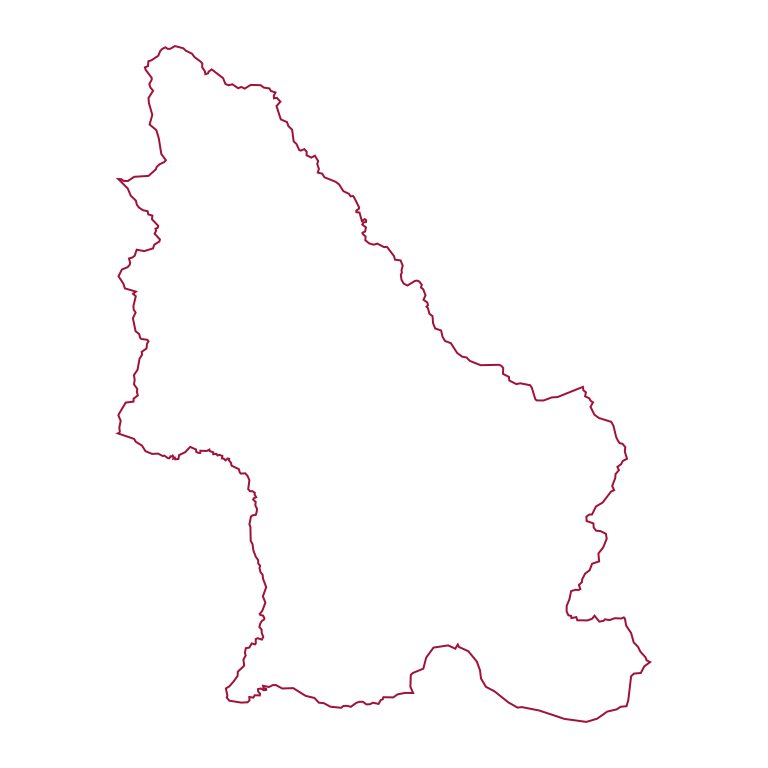 Kon Plong, Kon Tum, Vietnam
{"feature_id": "81297802B37970290892439", "entity_name": "Kon Plong", "entity_type": "district", "adm_level": 2, "iso_a3": "VNM", "parent_name": "Vietnam", "parent_adm1": "Kon Tum", "projection": "orthographic", "projection_center": [108.295, 14.803], "detail": "fine", "context": "isolated", "style": "outline", "palette": "rose", "viewbox_px": 768, "rotation_deg": 0, "n_neighbors": 0, "source": "geoboundaries", "source_scale": "gbopen_adm2", "svg_char_len": 6068}
<svg xmlns="http://www.w3.org/2000/svg" viewBox="0 0 768 768"><path d="M582.9,386.9L557.4,397.1L551.8,397.4L543.6,400.5L536.7,400.4L535.3,399.2L531.9,387.9L530.1,385.2L520.3,383.3L516.3,384.1L509.3,380.5L508.9,376.9L503.0,373.9L503.2,368.0L501.4,365.8L498.8,364.8L480.6,365.2L469.8,360.9L466.6,357.5L462.2,356.7L457.1,352.9L450.9,343.2L445.1,341.0L442.6,337.0L441.1,330.5L435.2,328.5L433.1,323.4L432.5,316.1L429.4,313.7L427.9,308.0L426.5,306.7L428.0,305.2L427.3,302.5L423.5,299.8L425.5,295.3L423.3,289.4L421.0,287.5L421.8,284.8L419.3,281.5L417.0,280.6L415.0,280.9L407.5,285.5L403.7,283.6L401.5,279.8L400.8,274.6L401.9,272.6L401.5,270.2L402.7,265.7L400.6,260.4L395.0,259.7L394.0,256.1L387.0,246.9L384.0,247.1L377.3,243.6L373.9,244.7L369.3,243.5L365.3,240.2L365.6,236.4L362.8,234.1L362.5,232.7L365.1,231.5L366.0,227.4L362.3,224.6L363.4,222.5L366.0,222.0L366.2,220.2L364.7,219.1L361.9,221.1L359.5,212.5L356.4,212.2L356.3,210.6L358.9,208.8L359.1,207.4L354.0,197.2L353.0,196.0L350.6,196.3L349.0,193.9L343.3,191.1L339.2,184.5L335.5,181.7L324.4,177.3L322.3,173.7L317.8,172.6L318.9,168.8L317.2,164.0L318.2,161.2L314.9,155.7L311.4,157.6L306.6,155.3L306.7,151.8L304.3,149.1L300.7,150.6L299.2,150.0L296.5,144.0L293.7,141.4L292.1,129.7L288.4,126.1L287.0,122.1L280.8,119.4L276.5,106.1L280.4,101.7L276.9,97.9L274.0,98.3L273.8,95.8L275.5,92.5L270.9,91.0L269.4,88.4L263.8,87.6L260.6,85.2L250.7,84.9L244.7,88.6L241.3,87.0L238.1,88.2L232.4,84.3L228.5,85.3L225.4,83.9L223.1,78.2L211.7,69.4L208.6,71.7L208.1,73.3L205.4,74.2L204.9,71.4L202.2,67.2L202.3,63.4L200.6,61.6L194.5,57.1L192.0,53.7L185.8,50.7L183.4,48.3L175.9,46.3L174.9,46.1L170.3,48.8L167.7,48.9L165.4,47.3L162.1,49.0L160.1,51.2L158.3,55.7L151.6,60.2L148.4,61.3L148.0,66.1L144.9,67.4L145.7,69.9L151.7,77.8L151.7,79.7L149.3,84.1L150.5,87.7L153.1,90.7L148.5,98.0L148.9,103.0L152.3,114.8L149.6,124.5L156.4,130.2L158.8,138.4L161.3,154.0L165.9,160.2L164.2,162.1L159.5,164.3L156.6,167.0L155.9,169.3L148.5,175.9L134.2,176.8L127.9,181.0L123.5,180.9L121.3,179.2L118.3,179.0L127.7,188.4L130.8,195.8L135.9,200.6L136.8,204.6L138.9,207.5L142.9,210.2L147.6,211.2L148.3,214.4L152.4,215.6L152.0,219.3L158.2,225.8L157.8,227.8L155.5,228.7L156.1,230.8L154.6,233.7L159.9,239.4L159.4,241.5L154.3,244.7L153.0,248.4L144.2,251.1L136.7,249.7L134.7,255.7L132.6,257.4L129.0,258.5L130.2,263.0L129.7,264.8L127.6,267.2L121.9,269.5L118.5,276.3L123.3,283.5L124.9,288.4L135.9,291.6L133.0,293.8L135.8,296.2L133.4,306.1L133.7,309.7L135.6,312.5L132.9,318.3L135.6,331.3L139.2,334.1L140.1,337.8L141.2,338.9L147.3,339.8L148.5,341.3L147.0,343.8L146.5,348.5L141.7,351.8L142.1,354.7L139.6,358.5L137.5,369.8L133.9,375.2L134.7,379.7L134.0,384.3L137.3,389.0L136.9,391.9L137.8,395.5L133.6,398.6L133.5,401.6L125.7,402.6L118.9,414.0L118.4,415.5L120.7,420.8L119.3,427.6L119.8,431.3L119.4,432.7L117.9,433.4L134.1,438.9L135.8,441.8L141.9,445.5L145.5,451.2L152.1,453.9L158.0,453.6L162.7,456.0L164.3,455.6L168.0,458.2L169.5,458.2L170.4,456.3L171.9,456.5L172.7,455.6L173.6,457.1L173.3,458.6L174.9,457.8L175.2,459.3L178.4,459.0L179.1,455.1L185.2,452.2L190.2,446.9L196.0,449.5L196.3,452.0L199.0,453.0L200.3,452.9L200.4,450.7L206.7,451.0L209.4,449.6L209.7,451.1L213.3,452.3L213.2,454.2L216.5,453.9L217.5,455.5L219.4,454.8L222.4,456.0L221.9,458.4L223.7,458.6L225.6,460.4L227.5,458.5L229.2,458.8L228.9,460.3L230.9,462.6L231.6,465.7L238.8,469.1L239.8,472.5L241.0,473.6L245.2,473.3L247.6,476.0L249.4,480.3L248.2,489.1L250.0,491.2L252.5,491.2L254.8,492.8L254.6,494.6L256.2,497.2L253.7,498.3L253.2,499.6L255.7,502.0L255.3,505.4L257.0,508.8L256.8,511.2L255.8,514.9L252.7,515.3L251.0,516.5L249.4,524.3L250.4,526.9L250.7,540.8L252.5,544.1L253.4,550.5L255.8,556.8L258.2,560.2L258.2,563.6L260.1,565.6L259.5,568.2L260.5,572.2L262.6,574.7L263.0,578.7L266.2,587.2L262.9,596.3L265.4,602.7L262.2,611.0L259.7,614.0L260.4,615.1L263.0,615.5L264.3,617.9L264.2,619.4L261.8,621.0L260.2,623.7L259.4,627.1L261.6,629.6L261.7,632.9L263.3,636.8L261.9,639.6L257.7,638.2L255.7,639.1L255.8,643.4L255.0,644.4L251.8,643.4L249.3,647.6L245.8,648.2L244.9,652.8L245.7,655.4L243.4,659.7L244.2,665.7L237.8,671.7L237.6,675.9L233.6,681.5L229.3,686.4L225.9,688.4L227.4,695.9L226.7,697.5L229.4,700.7L241.1,702.6L247.5,702.3L249.5,700.4L249.3,697.0L253.3,697.6L254.7,695.3L259.8,695.4L260.0,693.7L258.1,691.4L258.0,689.1L260.6,688.5L263.7,690.2L266.2,689.9L266.1,688.9L263.6,688.2L263.0,685.8L268.9,687.0L272.9,685.1L275.8,685.0L282.2,688.5L293.2,688.1L305.5,695.8L314.5,698.0L318.9,702.7L323.7,703.1L330.4,706.7L341.2,707.8L343.4,706.0L347.0,705.8L350.9,706.8L356.2,702.9L359.3,701.8L362.9,701.8L366.4,704.4L370.1,704.2L372.8,702.7L378.6,703.9L380.7,700.1L382.7,699.3L383.4,697.2L393.3,697.4L397.5,694.4L404.9,692.9L413.1,693.0L410.4,686.8L410.8,674.8L413.0,672.9L423.3,668.7L426.2,657.6L433.5,647.6L448.2,645.4L455.3,648.7L457.8,644.5L459.0,647.0L468.3,651.2L476.8,661.5L480.0,670.2L481.0,678.5L485.9,686.8L494.6,691.4L508.4,702.4L517.5,707.6L521.9,707.1L539.2,710.5L564.4,718.9L586.4,721.9L597.1,718.7L607.2,711.6L616.9,709.3L620.5,706.8L626.5,706.2L628.3,700.2L631.1,676.3L633.9,673.6L640.8,673.0L644.3,666.3L650.1,662.1L646.6,660.3L645.5,657.3L640.4,651.7L638.0,646.8L633.7,642.4L631.1,633.0L626.2,625.7L624.9,618.6L623.8,617.4L621.4,618.5L614.8,618.2L609.5,620.1L605.2,619.3L603.4,620.9L599.3,621.6L594.5,615.7L592.2,618.7L587.6,620.4L577.3,620.3L576.3,617.1L571.4,618.1L571.1,615.9L568.4,615.3L566.6,611.4L566.7,605.8L569.4,599.4L571.1,591.1L575.8,589.7L578.3,590.1L580.3,589.1L578.9,585.0L581.9,582.2L582.2,579.3L585.1,573.6L589.6,570.3L592.1,563.7L599.1,561.4L598.4,553.5L603.2,547.4L606.7,538.8L605.9,533.8L600.5,531.1L596.1,530.7L593.7,527.5L593.4,523.4L586.6,521.0L586.4,516.7L589.3,514.5L592.0,514.5L595.9,506.5L602.6,502.6L611.0,491.6L614.1,490.2L612.2,486.0L615.3,477.9L615.5,474.2L618.9,470.2L617.4,466.9L621.1,464.2L622.7,461.0L627.0,458.8L624.8,451.6L625.3,447.1L622.5,443.8L619.5,443.1L617.8,440.4L616.1,436.9L613.5,425.9L611.3,421.9L598.9,418.0L594.4,414.7L590.5,406.8L593.0,402.4L590.6,400.8L589.3,398.3L585.1,396.3L585.9,392.3L583.4,390.3L582.9,386.9Z" fill="none" stroke="#9f1239" stroke-width="2"/></svg>